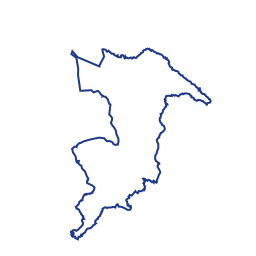 outline of Zacualpan, México, Mexico, rotated 342°
{"feature_id": "50627088B66940099023343", "entity_name": "Zacualpan", "entity_type": "district", "adm_level": 2, "iso_a3": "MEX", "parent_name": "Mexico", "parent_adm1": "México", "projection": "robinson", "projection_center": [-99.827, 18.714], "detail": "fine", "context": "isolated", "style": "outline", "palette": "blue", "viewbox_px": 256, "rotation_deg": 342, "n_neighbors": 0, "source": "geoboundaries", "source_scale": "gbopen_adm2", "svg_char_len": 5852}
<svg xmlns="http://www.w3.org/2000/svg" viewBox="0 0 256 256"><g transform="rotate(342 128 128)"><path d="M88.0,127.2L81.5,127.0L78.2,127.6L77.0,127.3L73.9,128.9L73.3,130.2L72.6,129.6L71.2,129.3L68.3,130.7L68.5,131.0L68.1,134.2L69.4,138.6L68.6,144.0L68.9,145.1L69.2,145.1L70.4,143.9L71.1,144.1L70.6,145.1L69.7,145.8L69.8,146.2L70.9,148.4L72.0,149.4L71.8,152.3L72.7,154.4L73.6,155.4L74.0,161.9L74.6,163.5L74.2,164.6L73.4,165.0L73.6,165.4L72.3,166.5L72.1,167.8L76.2,171.5L77.8,174.2L76.7,176.2L75.8,176.7L75.2,177.6L74.4,177.7L74.3,178.5L73.4,178.8L72.5,178.5L72.0,178.8L71.7,178.5L71.2,178.7L69.7,178.2L68.2,178.5L68.1,178.1L67.7,178.2L67.3,177.8L67.0,178.1L66.3,178.3L66.1,177.9L65.4,178.2L62.9,181.1L62.4,182.6L61.0,182.3L60.6,182.9L60.0,182.7L58.8,183.3L57.3,185.5L55.4,186.1L54.8,187.0L54.0,187.0L54.2,188.7L55.8,190.0L56.3,191.0L56.2,192.9L56.8,193.6L56.7,195.2L57.4,196.3L57.3,197.1L58.1,197.9L58.0,199.1L57.7,199.0L57.4,199.7L57.9,201.0L56.5,200.8L55.6,201.4L55.5,202.3L55.9,204.4L55.0,206.1L49.7,209.0L47.1,209.9L46.1,208.6L43.8,208.3L43.3,210.0L41.9,208.9L41.7,209.0L41.5,209.6L42.1,211.3L43.7,211.4L43.4,212.1L41.1,212.0L41.3,213.7L41.8,214.3L42.7,213.5L42.8,214.5L44.1,215.0L43.8,216.2L44.6,216.7L45.0,217.6L45.8,217.8L46.0,218.2L47.4,216.1L49.0,216.8L50.2,216.2L50.2,215.9L49.8,215.9L50.4,215.1L51.0,215.9L51.3,215.1L51.9,215.2L52.3,214.8L52.9,214.8L53.2,214.4L54.9,214.1L55.8,212.9L58.0,211.3L59.2,211.2L61.4,211.8L61.8,211.4L63.1,211.0L64.9,209.7L65.8,209.7L67.5,209.0L67.5,208.7L67.9,208.7L67.6,208.2L67.9,206.6L68.3,206.6L69.7,205.3L70.6,204.9L71.4,205.1L71.9,203.8L74.2,203.0L74.9,201.7L75.4,201.8L75.9,200.9L76.9,200.1L76.8,199.5L77.2,199.1L77.7,199.3L78.8,197.7L78.7,197.1L80.8,196.4L82.2,196.5L83.3,197.7L84.5,197.5L88.2,198.5L89.5,198.4L91.3,199.7L91.7,198.9L93.1,197.8L93.6,198.1L94.0,197.3L94.6,197.4L94.9,200.0L95.9,200.2L98.1,201.5L100.5,203.7L102.3,205.8L104.7,206.4L105.9,205.4L106.5,204.2L106.5,203.7L105.4,203.3L105.9,202.7L104.5,202.2L104.7,201.1L103.7,201.3L104.4,197.7L103.9,196.8L104.2,195.7L106.4,195.0L107.6,195.0L107.8,194.6L107.1,192.4L107.5,193.1L108.4,192.9L108.9,192.2L110.8,193.4L115.4,190.4L115.5,190.9L117.2,193.0L117.9,192.5L118.7,191.3L121.4,192.3L123.5,191.3L123.6,192.1L124.1,192.3L124.8,191.5L124.5,191.2L125.4,190.5L125.5,189.8L126.2,188.8L125.7,187.7L125.7,186.8L126.2,185.6L125.9,185.3L126.5,185.2L126.8,184.9L126.6,184.6L127.5,184.0L126.7,180.9L127.5,181.0L127.9,181.7L128.7,182.0L128.7,182.4L128.3,182.4L128.3,182.8L129.4,183.3L130.1,184.2L130.8,183.6L131.6,183.6L132.1,184.5L132.8,184.6L134.1,187.4L133.8,185.8L135.4,187.9L135.8,186.2L136.1,186.0L138.1,188.8L138.9,188.2L139.3,186.7L143.2,181.8L144.5,180.8L145.0,179.8L144.8,176.8L144.2,174.8L144.2,173.5L144.5,173.4L145.6,171.5L146.4,171.9L146.7,171.8L146.8,171.3L144.4,167.9L144.3,165.4L145.7,162.2L147.1,161.4L148.6,159.0L150.6,156.6L151.9,152.2L151.4,150.6L151.8,148.2L153.4,146.9L154.8,146.6L154.9,145.6L155.8,145.0L156.2,144.1L157.4,143.4L157.6,142.8L159.6,142.6L162.1,141.1L162.8,140.2L162.8,137.0L161.1,135.3L161.4,134.1L160.5,132.3L160.6,130.1L161.3,128.4L162.2,128.3L162.6,127.1L163.7,125.7L163.4,124.7L164.6,124.6L165.7,124.0L167.2,121.5L168.2,121.2L169.5,119.8L170.7,119.6L171.3,117.7L172.7,117.9L172.6,117.3L171.4,115.8L171.8,115.3L171.4,114.0L172.3,113.3L171.7,112.4L171.7,112.0L172.7,111.6L173.9,109.6L174.4,109.8L174.9,109.6L176.4,109.8L178.8,110.8L179.6,110.2L179.9,111.1L180.7,110.6L181.7,110.8L182.4,111.7L183.5,111.4L185.8,113.5L186.7,113.2L188.0,112.2L189.6,112.5L190.5,112.0L191.3,113.0L193.0,112.7L194.2,113.1L196.9,114.7L197.3,116.3L198.1,116.8L197.8,117.5L197.8,118.4L198.8,118.7L199.5,119.4L199.9,120.2L199.6,120.7L199.8,121.3L201.4,123.0L202.3,123.5L203.2,123.0L205.5,123.9L206.5,125.2L207.5,125.3L207.8,126.5L209.6,128.5L209.9,130.1L210.2,130.2L210.6,129.5L211.5,128.9L213.5,129.1L214.3,128.8L214.7,128.5L214.9,127.6L214.7,125.8L213.8,125.4L213.3,123.4L212.5,122.6L211.9,121.6L212.0,121.0L211.4,120.5L211.2,119.3L209.2,118.5L208.9,117.0L208.3,116.7L208.6,116.0L208.5,115.5L207.0,114.4L208.5,113.4L208.5,112.4L206.8,112.5L206.6,111.3L205.5,110.1L204.9,107.5L202.1,105.6L202.1,104.0L201.3,102.8L200.0,102.1L199.4,100.7L198.5,100.0L198.3,98.8L197.6,98.4L196.3,96.5L196.1,94.8L195.0,94.5L194.3,93.9L194.1,92.7L193.1,91.6L193.3,90.4L192.8,89.6L191.9,88.8L190.7,88.4L189.5,86.6L188.7,86.8L188.1,86.3L188.1,85.0L188.5,84.2L188.4,83.8L187.3,83.3L186.7,81.8L186.9,80.4L186.5,79.6L186.6,79.2L187.2,78.8L187.0,78.3L187.6,77.4L187.0,75.5L186.1,74.7L186.4,73.6L185.4,73.7L185.6,72.9L185.2,72.2L184.3,72.4L183.6,72.1L183.6,70.6L182.1,68.0L181.2,67.8L180.0,66.3L178.7,66.3L178.0,64.9L176.1,63.3L175.9,62.5L175.2,61.5L174.8,61.2L174.0,61.8L173.4,61.5L173.4,60.5L172.8,59.4L172.2,59.7L171.2,58.5L170.7,58.5L169.5,58.5L169.1,59.1L166.9,58.9L166.1,59.5L166.0,60.1L165.4,60.7L163.5,60.7L163.0,61.4L158.4,63.1L157.7,63.9L156.7,63.7L155.4,62.4L154.5,62.5L154.1,63.2L153.3,63.3L152.4,61.8L149.6,61.9L148.9,60.9L148.2,60.8L147.8,59.6L147.4,60.7L146.5,60.9L146.2,60.3L146.1,57.7L144.6,56.7L143.7,57.0L143.4,58.3L143.1,58.6L140.3,57.4L140.6,55.7L139.2,56.0L139.0,55.5L137.9,54.9L137.4,54.2L137.5,53.0L135.2,52.2L134.9,50.8L134.3,50.6L133.5,48.5L131.9,49.1L131.4,48.7L131.0,46.7L128.7,45.3L127.8,45.4L127.7,45.7L127.3,52.7L120.2,59.7L119.8,60.6L101.9,45.0L98.8,37.8L97.0,40.2L100.6,45.3L98.9,56.5L96.9,62.0L94.1,77.8L98.1,79.1L99.5,79.1L100.3,79.6L104.8,80.7L106.4,83.5L110.9,83.4L112.0,85.5L112.7,88.0L113.9,89.5L113.7,89.8L114.1,89.7L115.0,90.8L116.3,91.4L116.8,92.9L117.5,93.9L117.7,99.4L118.6,100.2L114.3,109.4L115.1,110.7L116.0,113.8L114.7,116.3L113.4,117.6L113.7,119.8L115.1,123.9L115.6,127.0L115.0,130.7L115.4,132.1L115.3,133.2L115.6,134.9L114.9,137.8L113.1,140.7L112.4,140.2L110.9,140.3L109.1,138.6L109.0,137.3L108.5,136.5L107.0,135.0L103.7,133.9L102.2,130.4L97.4,128.2L88.0,127.2Z" fill="none" stroke="#1e3a8a" stroke-width="2"/></g></svg>